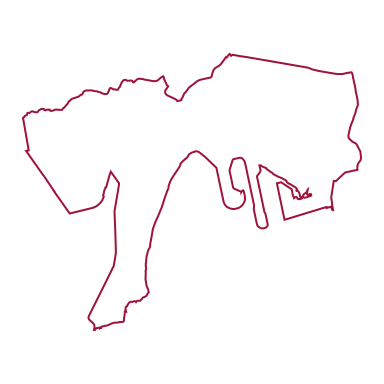 the district of Bayside (NSW), New South Wales, Australia
{"feature_id": "25037944B57870334231273", "entity_name": "Bayside (NSW)", "entity_type": "district", "adm_level": 2, "iso_a3": "AUS", "parent_name": "Australia", "parent_adm1": "New South Wales", "projection": "natural_earth1", "projection_center": [151.152, -33.963], "detail": "fine", "context": "isolated", "style": "outline", "palette": "rose", "viewbox_px": 384, "rotation_deg": 0, "n_neighbors": 0, "source": "geoboundaries", "source_scale": "gbopen_adm2", "svg_char_len": 5880}
<svg xmlns="http://www.w3.org/2000/svg" viewBox="0 0 384 384"><path d="M163.0,76.3L161.4,77.2L157.8,80.3L156.3,81.0L155.1,81.1L153.1,81.1L144.7,79.6L142.7,79.0L139.4,78.7L138.4,78.8L137.2,79.3L135.4,80.8L134.8,81.5L134.1,82.1L133.3,82.4L133.1,82.3L132.9,81.5L132.4,81.0L131.1,80.5L127.3,80.8L125.7,79.8L124.1,80.0L123.8,80.1L122.2,81.7L121.7,82.4L120.0,86.3L119.8,87.0L119.2,87.5L118.7,88.1L118.1,89.5L117.4,89.8L115.9,89.7L114.8,89.4L113.2,89.3L111.4,88.2L110.4,88.0L109.8,88.3L109.3,89.4L109.0,90.6L108.3,91.9L108.0,92.9L107.2,93.8L105.7,94.1L104.3,93.9L102.5,93.5L101.7,93.2L100.5,92.3L98.5,92.0L97.2,91.4L93.9,91.0L91.9,90.4L89.4,90.3L88.4,90.6L86.9,90.4L85.7,90.6L84.8,90.9L83.4,91.8L82.9,93.3L82.3,94.3L81.8,94.6L80.7,94.9L78.7,96.6L72.5,98.6L71.6,99.0L70.1,100.5L68.8,101.4L68.0,103.0L67.4,104.0L66.0,105.4L65.0,106.8L63.8,107.9L63.1,108.2L62.3,109.6L61.8,109.9L59.6,109.9L58.0,109.6L57.3,109.8L56.6,109.6L54.9,109.7L53.2,110.6L51.0,110.9L50.1,110.6L50.0,110.3L49.9,109.8L49.7,109.6L46.6,109.7L45.4,110.4L44.2,109.9L43.9,109.1L43.4,108.9L42.7,108.8L41.3,109.0L38.8,110.4L37.9,111.7L37.1,112.3L36.1,112.3L33.9,111.9L33.4,111.8L32.8,111.3L32.1,111.3L31.2,111.6L29.4,113.0L27.6,112.8L27.2,113.4L27.1,114.6L26.8,115.1L25.9,115.4L25.1,115.8L24.6,116.4L24.4,117.0L23.6,117.3L23.0,117.8L28.7,150.4L26.1,150.9L42.7,174.5L43.8,175.8L54.1,191.1L53.9,191.1L58.1,197.1L69.7,213.5L92.9,207.8L95.3,206.8L96.6,206.1L98.4,204.7L100.0,203.2L101.2,201.8L102.3,200.1L103.7,196.8L103.8,196.6L103.3,196.0L103.1,195.0L103.5,194.4L104.4,190.0L105.0,189.1L105.5,187.3L106.2,187.2L109.3,175.9L110.8,171.7L119.0,183.2L119.0,184.7L114.5,211.4L115.4,234.2L115.9,253.0L113.8,265.7L110.5,272.6L108.4,276.6L105.7,282.3L88.7,316.3L88.5,317.8L88.7,318.6L89.1,319.5L90.0,320.5L92.7,322.7L94.2,324.7L94.4,325.8L94.5,327.7L93.9,330.0L94.5,330.1L95.0,329.9L95.4,329.5L95.7,328.6L96.3,328.2L99.3,327.7L99.6,328.5L99.8,328.4L100.0,328.9L100.0,328.3L101.1,328.0L100.9,327.2L101.7,326.6L108.1,325.2L110.9,323.8L113.6,322.8L117.5,322.6L119.8,322.0L122.7,321.9L123.5,321.6L123.7,321.4L123.9,320.8L124.0,318.4L124.6,315.0L124.9,311.5L126.1,311.7L125.5,309.5L125.5,308.4L125.7,307.4L126.1,306.7L127.1,306.2L127.5,305.0L129.2,302.5L130.3,301.9L131.1,301.8L132.4,301.9L132.9,301.7L133.5,301.3L134.1,301.2L135.4,301.4L136.0,302.1L136.5,301.4L137.2,300.9L138.5,300.7L140.2,300.8L143.0,297.5L145.3,296.6L146.5,295.7L147.9,293.3L148.7,292.5L148.4,291.1L148.2,289.3L147.7,288.5L146.6,285.9L145.5,279.3L145.5,278.2L145.7,277.0L145.6,275.2L145.8,272.7L145.5,270.8L146.2,269.4L145.9,267.3L145.7,263.6L146.2,262.6L146.1,261.1L146.6,256.1L146.9,255.6L147.6,252.4L148.3,250.0L149.8,247.4L150.0,246.7L150.2,245.7L150.1,244.7L152.1,233.9L152.5,231.0L153.0,228.7L154.8,223.5L156.1,220.4L158.1,216.1L161.8,207.1L164.9,197.4L167.1,191.4L168.4,188.3L168.6,187.5L168.5,186.6L169.0,184.8L170.2,181.6L171.2,179.5L174.1,174.9L179.4,167.0L180.3,165.0L180.6,163.5L183.1,160.9L187.1,157.6L187.9,156.4L189.4,154.0L191.6,152.7L194.8,151.6L196.7,151.2L198.9,152.0L205.1,156.9L216.4,167.8L222.5,196.7L223.8,202.5L224.8,204.5L225.4,205.3L226.9,206.9L229.7,208.3L230.7,208.6L233.1,209.0L235.6,208.8L238.7,207.9L240.1,207.1L242.1,205.5L242.9,204.5L244.3,202.0L245.0,199.6L245.0,198.1L244.7,195.4L243.8,191.5L243.5,190.7L243.2,190.4L242.8,190.4L242.4,190.6L241.3,192.2L241.3,191.8L234.0,188.6L233.3,187.8L233.1,187.5L229.6,170.8L229.6,169.9L232.6,160.1L232.9,159.6L233.7,159.1L240.1,157.7L241.4,158.0L242.6,158.8L243.8,160.2L244.5,161.3L244.8,162.0L245.4,164.4L254.1,205.5L253.8,209.5L256.9,224.1L257.7,225.9L258.6,226.9L260.4,228.0L261.9,228.4L263.5,228.3L265.4,227.8L266.3,227.3L267.2,226.4L267.5,225.8L267.7,224.3L265.4,213.6L264.5,212.3L257.0,176.6L257.1,176.0L257.3,175.7L259.5,172.8L260.5,171.1L260.5,170.2L259.4,165.4L260.7,165.3L262.0,166.4L266.1,168.1L266.6,168.6L266.7,169.2L268.6,170.3L270.2,171.7L272.3,172.9L272.8,173.6L274.8,175.0L277.2,176.1L277.9,176.6L282.0,178.2L282.9,178.7L283.4,179.2L285.1,179.9L286.4,180.9L286.7,182.0L288.5,183.4L290.8,184.5L295.4,187.4L296.6,188.4L296.9,188.9L296.9,189.3L296.4,190.2L296.4,190.6L296.6,190.9L297.0,190.9L297.2,190.6L297.4,190.6L298.5,191.6L299.5,193.6L300.1,196.4L300.7,197.0L301.8,197.8L302.1,197.6L302.4,196.7L303.2,195.7L303.4,194.9L303.6,194.6L304.8,193.4L305.9,192.9L306.4,192.3L307.3,190.7L307.4,189.9L307.7,189.6L307.0,193.0L307.0,194.0L307.9,194.9L308.4,194.9L309.4,194.2L310.3,193.9L310.9,194.1L311.3,194.9L311.2,195.5L310.5,196.0L309.9,196.0L309.2,196.4L308.1,196.4L307.5,197.1L306.3,197.4L304.2,197.7L303.3,197.3L302.4,197.5L301.9,198.4L300.0,199.2L299.7,199.2L299.5,198.9L298.7,199.1L297.8,198.9L296.8,197.2L296.3,197.0L295.4,197.2L294.0,198.2L293.5,196.4L293.0,196.0L291.7,189.3L281.2,182.3L276.9,183.3L284.5,219.8L326.1,207.1L326.2,207.6L326.9,207.4L327.0,207.9L331.0,206.7L332.2,209.8L332.6,209.7L332.8,210.3L332.5,210.5L333.1,210.3L332.9,209.5L331.2,197.3L333.8,180.9L335.8,181.2L344.7,172.9L345.5,172.4L357.5,169.8L357.3,168.5L357.3,167.5L357.6,165.1L358.0,163.7L360.2,160.7L360.7,159.6L361.0,157.8L360.4,151.6L356.8,144.7L355.9,143.5L352.4,141.7L351.6,141.0L349.0,138.4L348.6,137.5L348.4,136.7L348.5,135.1L349.3,131.2L350.2,127.3L351.1,124.6L353.2,119.5L353.4,118.1L355.4,112.9L356.1,109.8L357.9,105.1L357.6,100.7L357.2,97.9L355.9,92.3L355.2,87.2L353.1,77.9L353.0,76.7L352.4,74.1L351.9,72.9L351.5,72.3L348.5,72.7L341.9,74.1L336.0,73.9L319.4,71.1L311.9,69.3L309.3,68.1L307.6,67.6L246.8,57.1L239.9,56.1L232.6,54.8L231.1,55.8L229.7,53.9L228.0,55.6L226.6,57.6L225.9,57.2L222.8,61.6L220.7,64.3L219.0,65.8L215.0,68.2L213.4,70.3L211.9,74.7L211.6,76.6L211.0,77.4L199.8,79.9L197.5,81.0L189.1,87.5L185.5,92.3L184.3,93.4L182.5,97.4L181.4,99.1L181.3,100.2L177.3,101.1L177.0,100.5L175.8,99.3L167.2,95.3L166.3,94.6L165.5,93.5L165.1,92.1L165.2,90.7L168.2,86.3L166.9,85.2L164.5,79.9L163.9,78.4L163.9,77.6L163.5,76.8L163.2,76.8L163.0,76.3Z" fill="none" stroke="#9f1239" stroke-width="2"/></svg>